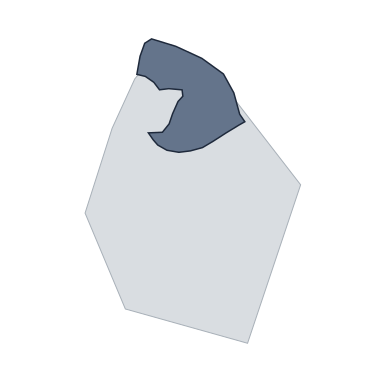 Singapore, with South East highlighted, rotated 263°
{"feature_id": "SGP-4875", "entity_name": "South East", "entity_type": "state/province", "adm_level": 1, "iso_a3": "SGP", "parent_name": "Singapore", "parent_adm1": "", "projection": "equal_earth", "projection_center": [103.927, 1.348], "detail": "fine", "context": "in_parent", "style": "filled", "palette": "slate", "viewbox_px": 384, "rotation_deg": 263, "n_neighbors": 0, "source": "natural_earth", "source_scale": "10m", "svg_char_len": 710}
<svg xmlns="http://www.w3.org/2000/svg" viewBox="0 0 384 384"><g transform="rotate(263 192 192)"><path d="M318.9,221.7L185.9,300.7L35.1,228.7L84.0,111.6L184.1,83.3L265.0,120.5L311.1,148.9L342.6,181.2L318.9,221.7Z" fill="#d9dde1" stroke="#a8b0b8" stroke-width="1"/><path d="M315.5,151.6L333.1,157.0L345.4,163.2L348.9,170.5L338.6,193.6L323.5,218.0L305.3,237.6L285.3,245.6L263.4,248.8L255.3,253.0L252.6,246.5L246.3,232.6L239.9,219.4L234.8,207.8L233.0,195.4L233.0,183.8L236.5,172.2L242.8,163.7L248.6,159.8L256.0,155.9L254.9,169.9L262.4,177.6L272.1,182.3L283.6,189.2L288.2,194.6L294.6,194.6L297.4,181.5L297.4,172.2L305.5,167.5L312.4,159.8L315.5,151.6Z" fill="#64748b" stroke="#1e293b" stroke-width="1.5"/></g></svg>